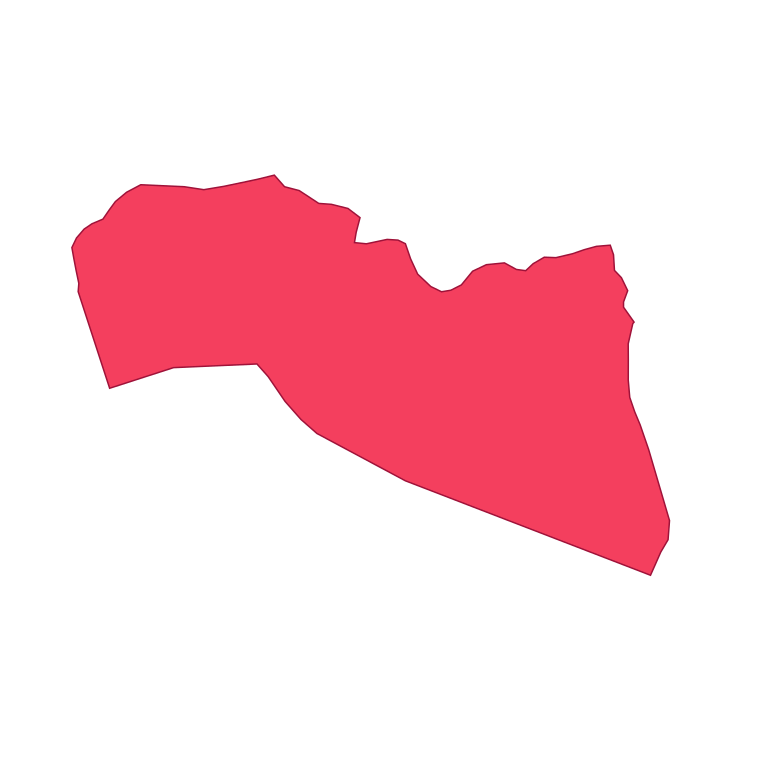 Tebedu, Sarawak, Malaysia (Albers equal-area conic projection), rotated 161°
{"feature_id": "92858781B78299501514110", "entity_name": "Tebedu", "entity_type": "district", "adm_level": 2, "iso_a3": "MYS", "parent_name": "Malaysia", "parent_adm1": "Sarawak", "projection": "albers", "projection_center": [110.423, 1.04], "detail": "fine", "context": "isolated", "style": "filled", "palette": "rose", "viewbox_px": 768, "rotation_deg": 161, "n_neighbors": 0, "source": "geoboundaries", "source_scale": "gbopen_adm2", "svg_char_len": 1107}
<svg xmlns="http://www.w3.org/2000/svg" viewBox="0 0 768 768"><g transform="rotate(161 384 384)"><path d="M127.4,361.1L132.5,378.6L130.8,383.6L123.2,392.9L124.9,407.2L129.1,416.4L124.9,431.5L124.9,441.6L138.3,445.0L150.9,445.8L163.5,445.8L180.3,447.5L191.2,451.7L203.8,449.2L213.1,445.0L221.5,449.2L230.7,459.3L248.4,463.5L263.5,461.8L278.6,452.5L290.3,450.9L299.6,452.5L308.0,460.9L316.4,476.9L318.1,493.7L318.1,509.7L323.9,515.5L334.0,519.7L355.0,522.3L365.9,527.3L360.9,536.5L352.5,549.1L360.9,561.7L375.2,571.0L386.9,576.0L401.2,594.5L413.8,602.9L419.7,617.2L437.3,618.8L470.9,623.0L491.1,626.4L508.7,635.6L549.1,651.6L565.0,649.1L578.5,644.0L586.9,638.2L596.1,631.4L607.9,630.6L617.1,628.1L627.2,622.2L634.7,614.6L636.4,603.7L638.1,591.9L639.8,578.5L641.1,575.5L643.1,570.9L644.8,469.3L577.7,468.0L497.6,444.3L491.1,428.6L483.2,399.7L474.0,377.4L463.5,359.0L395.3,285.5L194.3,116.4L187.1,124.1L177.0,135.0L166.1,144.3L158.5,161.9L155.1,235.8L155.1,261.9L156.0,276.1L156.0,291.3L151.8,308.1L145.1,327.4L140.0,342.5L129.1,360.1L127.4,361.1Z" fill="#f43f5e" stroke="#9f1239" stroke-width="1.5"/></g></svg>